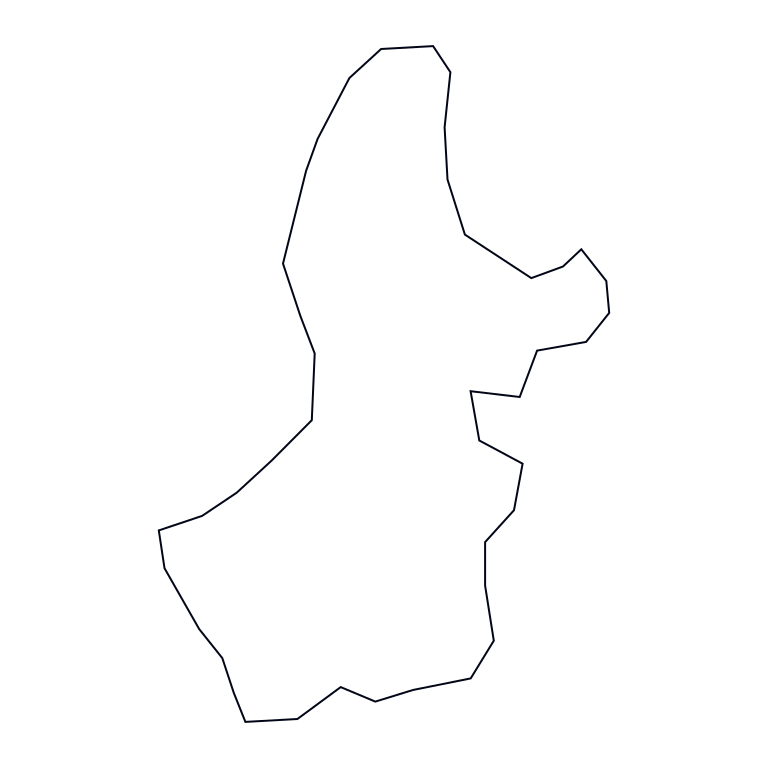 outline of Trachoni Lefkosias, Cyprus
{"feature_id": "46923920B69759348119058", "entity_name": "Trachoni Lefkosias", "entity_type": "district", "adm_level": 2, "iso_a3": "CYP", "parent_name": "Cyprus", "parent_adm1": "", "projection": "albers", "projection_center": [33.481, 35.216], "detail": "fine", "context": "isolated", "style": "outline", "palette": "ink", "viewbox_px": 768, "rotation_deg": 0, "n_neighbors": 0, "source": "geoboundaries", "source_scale": "gbopen_adm2", "svg_char_len": 639}
<svg xmlns="http://www.w3.org/2000/svg" viewBox="0 0 768 768"><path d="M375.3,701.6L412.9,690.0L470.7,678.4L493.8,640.7L485.1,585.6L485.1,542.1L514.0,510.2L522.6,463.7L479.3,440.5L470.6,391.2L519.7,397.0L537.1,350.6L586.1,341.9L609.2,312.9L606.3,281.0L581.3,249.3L563.0,266.5L531.3,278.1L464.9,234.6L447.5,179.5L444.6,127.3L450.4,72.2L433.1,46.1L381.1,49.0L349.4,78.0L317.6,138.9L306.1,170.8L283.0,263.6L300.3,315.8L314.7,353.5L311.8,420.2L271.4,460.8L236.7,492.7L202.1,515.9L158.8,530.4L164.5,568.2L199.2,629.1L222.3,658.1L233.8,692.9L245.4,721.9L297.4,719.0L340.7,687.1L375.3,701.6Z" fill="none" stroke="#020617" stroke-width="2"/></svg>